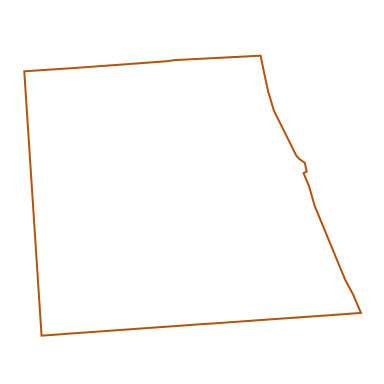 outline of Ashtabula, Ohio, United States of America, rotated 86°
{"feature_id": "52423323B34743732368607", "entity_name": "Ashtabula", "entity_type": "district", "adm_level": 2, "iso_a3": "USA", "parent_name": "United States of America", "parent_adm1": "Ohio", "projection": "robinson", "projection_center": [-80.712, 41.739], "detail": "fine", "context": "isolated", "style": "outline", "palette": "amber", "viewbox_px": 384, "rotation_deg": 86, "n_neighbors": 0, "source": "geoboundaries", "source_scale": "gbopen_adm2", "svg_char_len": 551}
<svg xmlns="http://www.w3.org/2000/svg" viewBox="0 0 384 384"><g transform="rotate(86 192 192)"><path d="M59.9,350.9L324.8,352.1L324.8,332.7L324.7,325.7L324.6,255.3L324.6,238.2L324.6,237.2L324.6,217.0L324.5,191.6L324.6,182.8L324.6,174.3L324.5,117.7L324.5,64.3L324.5,54.4L324.4,32.8L324.4,31.9L305.6,38.4L290.3,45.3L214.4,70.6L194.2,74.9L181.0,79.4L179.6,76.2L170.8,77.4L166.4,82.8L163.0,85.4L116.4,104.7L96.7,109.1L76.3,112.0L66.4,113.3L60.8,114.1L59.2,200.2L59.8,207.8L60.1,304.2L59.9,350.9Z" fill="none" stroke="#b45309" stroke-width="2"/></g></svg>